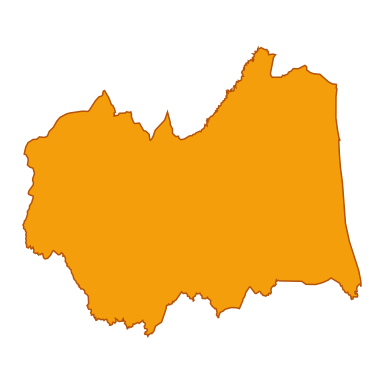 outline of Lamae, Chumphon, Thailand
{"feature_id": "78962969B32380434667170", "entity_name": "Lamae", "entity_type": "district", "adm_level": 2, "iso_a3": "THA", "parent_name": "Thailand", "parent_adm1": "Chumphon", "projection": "equal_earth", "projection_center": [99.012, 9.761], "detail": "fine", "context": "isolated", "style": "filled", "palette": "amber", "viewbox_px": 384, "rotation_deg": 0, "n_neighbors": 0, "source": "geoboundaries", "source_scale": "gbopen_adm2", "svg_char_len": 5897}
<svg xmlns="http://www.w3.org/2000/svg" viewBox="0 0 384 384"><path d="M336.2,88.2L336.4,84.4L332.0,83.8L328.3,81.7L319.9,74.3L313.5,73.7L310.2,72.5L306.8,70.1L306.6,66.8L304.9,65.4L298.4,68.7L293.3,68.6L291.3,71.0L288.4,72.3L288.1,73.6L287.3,74.3L284.9,75.1L284.6,75.8L282.6,75.3L281.6,77.2L272.4,77.3L270.8,75.6L270.5,73.1L273.5,57.5L275.5,54.7L272.7,54.1L268.7,54.7L268.1,51.3L267.2,51.0L266.9,49.6L264.8,49.6L261.1,47.7L258.2,49.2L258.1,48.2L257.6,49.2L257.7,51.1L255.7,51.4L256.1,52.1L255.2,51.9L255.5,52.9L254.7,54.0L253.2,53.9L254.1,54.6L254.3,56.3L251.8,58.3L252.8,58.1L253.5,59.0L252.7,59.4L253.6,60.1L253.3,61.0L252.6,61.3L251.8,59.8L250.9,59.7L249.0,61.4L248.3,60.9L248.2,63.1L247.2,62.7L246.1,63.4L245.8,63.9L246.4,64.9L245.3,64.9L244.4,65.7L244.3,69.2L243.6,68.5L243.4,70.2L242.2,71.2L241.7,72.7L242.8,74.5L242.5,75.5L243.2,76.2L242.0,76.3L241.5,77.1L241.5,79.8L239.6,81.1L238.3,80.5L238.0,82.2L236.6,81.7L235.5,85.8L235.8,87.2L234.2,85.7L233.7,86.2L234.2,88.5L233.7,90.9L231.7,91.2L231.9,88.9L230.8,89.8L230.1,91.6L229.0,91.0L228.4,91.7L228.0,90.1L227.4,90.2L228.0,92.7L226.6,91.5L227.0,95.8L226.0,96.2L226.9,97.8L224.7,98.9L224.7,100.5L223.2,100.8L222.8,102.3L221.1,103.2L221.1,105.2L219.9,106.1L218.9,105.9L219.2,106.8L218.5,106.9L218.3,108.4L216.8,108.9L217.5,110.5L216.8,111.5L216.3,110.7L215.6,110.8L215.4,112.7L214.6,112.9L212.6,115.9L211.3,116.2L209.1,118.2L208.8,119.9L208.4,120.0L208.5,119.1L207.2,118.9L206.6,121.0L208.1,121.9L206.8,123.0L207.1,125.9L205.0,124.6L204.3,128.0L201.6,129.9L201.0,131.7L199.8,131.2L195.8,133.0L195.1,134.1L193.0,134.5L192.5,135.5L189.3,136.0L184.2,139.1L180.7,139.7L178.7,137.8L178.5,136.3L175.7,136.5L172.6,133.5L172.4,128.7L170.3,124.7L170.1,121.8L167.5,112.0L164.7,120.1L155.2,130.3L153.1,136.4L151.6,139.2L150.3,140.3L149.8,139.7L149.1,134.3L145.9,131.2L143.7,130.7L139.4,123.1L134.8,123.5L133.6,122.6L131.4,116.8L131.5,114.1L130.8,111.9L129.8,112.5L126.5,111.8L125.1,113.0L119.3,113.3L118.1,115.2L114.1,116.1L114.4,114.5L113.9,114.2L113.9,113.1L115.4,112.3L114.5,108.9L112.7,105.4L111.5,104.8L108.9,98.1L104.6,90.6L103.6,91.0L103.0,92.1L102.6,95.1L101.5,96.1L98.9,96.9L95.4,100.8L89.6,109.9L88.0,111.4L82.3,111.2L69.8,113.0L66.6,113.9L60.0,117.4L56.9,121.1L53.5,127.2L49.2,131.5L47.8,135.2L46.6,136.7L44.0,137.4L39.4,136.9L36.7,139.3L33.0,139.5L28.1,142.6L25.8,146.9L24.2,154.1L25.9,154.7L28.0,158.3L28.2,160.4L27.4,164.9L29.8,167.1L33.0,168.2L34.5,173.5L32.7,178.8L32.7,180.5L33.5,183.0L33.1,185.1L29.1,190.6L28.3,192.9L28.8,194.4L33.0,196.1L33.3,196.9L31.7,202.6L29.6,205.6L29.3,208.7L27.4,211.3L27.5,214.4L26.5,217.6L25.5,220.0L24.4,220.8L24.2,222.6L23.0,224.9L23.7,226.6L23.6,228.5L25.2,229.6L25.4,230.9L26.3,232.4L25.8,235.2L26.4,236.0L25.7,238.7L26.3,240.2L25.7,243.0L26.4,244.0L26.7,247.1L28.1,248.0L30.3,246.0L30.9,248.7L31.6,248.9L33.0,247.2L33.9,250.1L33.6,252.4L35.5,253.5L37.6,252.9L37.9,254.3L38.7,255.0L39.5,254.4L40.8,254.6L41.4,253.6L42.6,253.5L43.6,257.7L45.1,259.0L47.8,258.2L50.5,255.2L52.9,250.8L53.5,250.5L58.2,254.7L59.9,254.6L61.4,252.7L63.0,254.2L62.9,256.2L64.2,255.9L65.4,258.0L65.3,261.6L67.3,264.2L66.8,265.1L67.3,266.4L68.9,267.0L69.6,268.7L71.0,269.7L71.6,273.0L72.9,275.1L73.8,278.8L75.8,281.1L77.0,283.6L78.2,284.2L78.5,285.7L79.2,285.6L79.3,287.2L80.0,287.4L80.8,288.9L82.6,289.0L84.5,290.5L84.9,293.1L87.1,294.7L88.3,296.4L88.6,303.5L87.0,305.7L87.8,305.9L87.8,307.5L88.6,309.1L91.1,309.5L91.3,311.1L90.7,312.9L91.4,313.8L91.4,315.1L93.8,314.5L94.0,316.9L94.7,318.0L95.6,317.4L95.9,318.8L95.5,319.5L96.0,320.3L97.2,319.9L98.3,318.5L101.0,319.7L103.1,319.3L104.0,320.5L105.2,319.5L106.8,319.4L107.6,322.1L109.6,323.8L109.6,325.2L110.4,325.3L112.4,324.3L112.6,322.8L113.2,322.3L114.9,323.1L115.7,322.1L116.1,321.1L115.5,318.5L117.6,319.8L117.9,321.0L119.5,321.5L122.4,321.1L122.6,319.5L123.3,318.7L123.4,321.1L124.7,321.1L125.3,322.0L124.5,323.7L125.6,324.3L126.5,325.9L127.4,329.4L127.6,327.3L129.0,327.7L129.0,326.7L131.0,327.2L132.6,326.4L133.1,324.0L134.5,324.2L137.9,322.4L139.1,323.4L142.8,320.4L143.4,322.3L144.7,322.8L145.3,324.0L145.1,325.2L144.2,326.2L144.7,328.5L146.8,328.8L147.3,329.9L146.6,331.9L145.4,331.8L144.6,333.9L145.1,334.4L146.9,334.2L147.9,336.3L148.8,334.6L151.2,333.1L151.8,333.6L153.8,331.3L155.5,326.2L161.6,322.0L165.9,309.4L166.6,305.5L168.0,305.1L168.6,304.0L169.6,304.8L172.2,303.6L172.7,301.5L173.8,302.0L174.6,300.7L176.0,300.0L181.6,291.8L183.3,293.5L186.2,293.1L187.4,294.7L187.5,296.2L189.2,296.5L190.0,298.6L192.7,298.9L193.3,301.0L193.9,300.5L193.1,297.4L195.2,296.1L196.4,293.2L197.3,293.9L200.0,293.2L200.4,294.5L201.9,295.8L202.3,298.4L205.5,298.7L207.5,297.3L207.6,298.2L210.7,300.4L210.4,303.4L212.0,306.0L215.0,308.8L215.7,308.4L216.3,308.9L217.1,313.0L216.4,314.7L218.2,317.6L218.7,317.5L218.8,315.9L220.2,312.4L223.3,311.0L224.8,309.4L230.9,307.6L236.2,307.7L239.4,308.6L242.8,300.5L243.0,298.8L244.2,297.4L245.4,294.5L245.5,293.0L249.6,286.8L250.4,287.1L255.1,293.4L256.2,293.5L259.6,291.3L260.4,291.8L261.2,293.7L262.6,294.3L262.9,295.3L266.0,296.1L266.9,295.0L268.3,295.2L268.8,292.8L269.0,293.8L269.4,293.2L270.6,293.8L271.3,292.3L270.9,290.3L271.4,287.8L273.5,285.5L274.0,286.2L275.2,285.6L275.4,284.3L276.0,284.3L275.6,282.2L276.3,280.1L276.8,281.2L278.1,280.3L279.7,280.9L301.8,281.3L305.9,284.3L315.5,284.5L322.6,282.6L328.0,280.2L331.1,278.0L339.6,283.2L340.9,286.1L341.9,285.8L343.0,289.7L343.9,290.0L345.1,292.3L346.8,292.9L347.6,292.2L348.8,294.9L350.4,295.2L350.8,296.9L351.4,297.0L351.0,298.3L351.5,299.4L353.0,298.9L353.5,296.7L357.1,297.1L357.7,295.8L357.2,293.7L355.3,293.9L354.9,291.7L355.4,291.3L356.4,292.1L357.1,291.5L356.7,288.7L357.1,286.7L359.4,284.2L360.3,284.2L361.0,286.7L360.8,281.2L358.8,270.9L349.4,241.5L345.4,223.1L342.5,183.6L340.4,166.9L339.4,154.5L338.7,140.2L339.2,139.6L339.7,141.0L339.8,139.7L339.0,138.0L337.6,130.5L335.9,118.0L336.0,96.4L336.9,88.8L336.2,88.2Z" fill="#f59e0b" stroke="#b45309" stroke-width="1.5"/></svg>